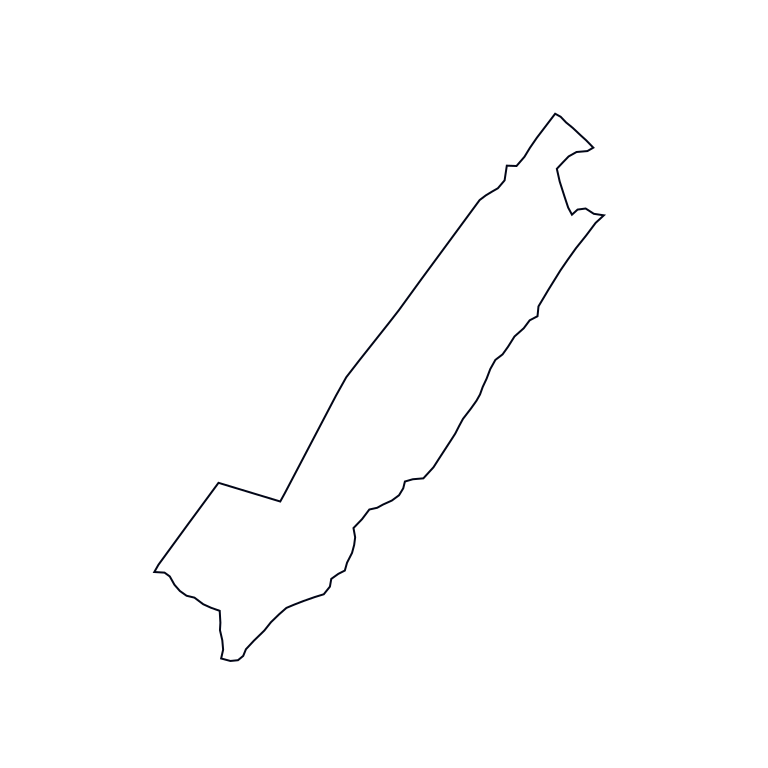 the district of Itaitinga, Ceará, Brazil, rotated 27°
{"feature_id": "56859067B58335348194299", "entity_name": "Itaitinga", "entity_type": "district", "adm_level": 2, "iso_a3": "BRA", "parent_name": "Brazil", "parent_adm1": "Ceará", "projection": "robinson", "projection_center": [-38.541, -3.991], "detail": "fine", "context": "isolated", "style": "outline", "palette": "ink", "viewbox_px": 768, "rotation_deg": 27, "n_neighbors": 0, "source": "geoboundaries", "source_scale": "gbopen_adm2", "svg_char_len": 1570}
<svg xmlns="http://www.w3.org/2000/svg" viewBox="0 0 768 768"><g transform="rotate(27 384 384)"><path d="M490.0,253.9L486.4,244.7L487.0,236.0L487.7,225.4L489.6,202.8L491.3,189.8L493.4,175.8L496.7,159.9L499.4,144.4L503.3,133.9L493.7,137.1L484.0,136.1L477.3,140.7L474.6,147.8L468.0,143.2L459.9,135.2L448.6,123.8L440.3,113.8L442.9,104.9L445.2,97.4L450.2,89.9L459.5,84.1L463.2,78.4L453.5,75.1L446.5,73.2L435.8,70.1L427.5,68.3L420.1,65.7L413.8,65.5L408.4,95.2L406.8,107.3L406.0,117.8L403.1,129.6L394.3,133.7L399.0,147.8L396.6,157.9L393.0,163.4L389.1,169.7L385.7,176.7L369.7,273.7L363.7,311.7L360.6,327.8L351.3,374.0L347.3,395.1L346.5,416.1L345.2,526.2L344.9,535.8L281.4,547.2L274.5,589.1L273.3,596.3L265.1,647.4L264.7,655.8L274.1,651.7L280.5,652.7L288.4,658.0L296.1,661.1L304.2,662.3L312.1,660.4L322.9,662.3L331.5,661.9L340.6,660.7L346.6,671.0L349.6,677.8L356.3,685.8L361.3,693.8L363.5,702.5L372.9,700.5L379.3,696.4L382.0,690.2L381.4,683.0L384.6,671.8L389.3,658.0L391.4,647.6L395.1,636.8L398.7,627.8L404.1,621.4L410.7,614.0L419.0,605.3L425.8,598.7L427.8,589.1L425.5,581.6L429.5,573.9L433.8,568.0L432.2,560.0L432.2,549.0L430.5,541.0L427.9,533.7L422.2,526.2L425.8,514.4L427.9,502.5L434.1,497.4L437.9,491.8L443.9,484.3L447.9,476.3L448.5,468.2L446.9,461.4L452.9,455.8L461.9,450.2L465.9,435.7L466.8,426.6L468.0,415.2L469.2,403.9L470.0,395.9L470.0,387.3L470.2,379.2L472.6,366.4L474.0,356.9L474.3,349.7L473.3,341.9L473.0,332.7L471.9,322.4L472.3,311.9L476.2,303.8L477.6,294.5L478.7,282.4L483.2,270.9L484.9,261.1L490.0,253.9Z" fill="none" stroke="#020617" stroke-width="2"/></g></svg>